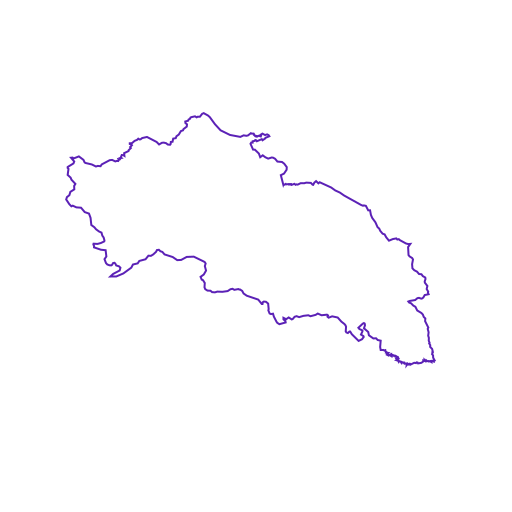 Kaeng Khoi, Saraburi, Thailand (Robinson projection), rotated 134°
{"feature_id": "78962969B58188508241949", "entity_name": "Kaeng Khoi", "entity_type": "district", "adm_level": 2, "iso_a3": "THA", "parent_name": "Thailand", "parent_adm1": "Saraburi", "projection": "robinson", "projection_center": [101.053, 14.576], "detail": "fine", "context": "isolated", "style": "outline", "palette": "violet", "viewbox_px": 512, "rotation_deg": 134, "n_neighbors": 0, "source": "geoboundaries", "source_scale": "gbopen_adm2", "svg_char_len": 6063}
<svg xmlns="http://www.w3.org/2000/svg" viewBox="0 0 512 512"><g transform="rotate(134 256 256)"><path d="M313.8,457.3L314.3,452.4L316.2,451.6L322.8,453.3L323.5,452.7L323.6,451.4L328.5,447.8L328.4,443.8L329.3,441.8L329.6,436.0L331.9,435.5L334.3,433.0L338.8,434.1L341.9,432.5L345.0,432.9L347.2,431.8L348.4,426.3L348.5,423.3L347.1,422.8L345.8,419.0L342.8,415.4L343.4,409.7L341.5,405.6L343.5,401.5L348.1,396.0L347.6,392.2L347.9,389.7L347.4,385.9L346.5,383.4L348.1,380.7L348.5,378.5L350.1,375.8L350.9,375.3L354.4,376.6L357.4,378.4L360.0,381.4L360.6,381.1L361.4,379.3L362.3,378.5L359.2,371.9L356.3,368.2L360.3,363.3L363.5,362.8L365.3,359.0L365.4,357.1L364.5,355.0L363.3,353.6L362.2,353.4L360.4,353.9L359.2,353.1L359.2,351.9L359.9,350.0L358.6,347.4L358.6,345.4L361.1,344.0L368.1,346.3L371.9,346.5L367.8,342.3L360.7,339.3L351.0,337.6L347.6,338.6L343.5,336.0L340.6,336.5L335.1,333.2L330.5,333.6L328.9,331.7L326.2,331.0L322.3,330.8L320.6,331.4L319.0,330.2L319.0,328.1L318.1,326.2L318.4,322.9L314.6,315.2L313.7,309.8L310.8,307.1L304.8,305.2L299.7,300.3L296.2,289.6L296.0,288.4L296.4,287.0L298.8,285.8L301.2,281.8L305.6,280.7L309.5,281.4L310.7,278.6L310.2,277.3L311.0,274.1L314.3,271.3L315.1,269.5L314.6,266.9L312.6,264.6L312.5,262.5L310.7,260.3L308.5,259.1L305.1,255.3L300.9,252.0L297.7,251.3L295.9,250.1L295.4,248.1L292.0,245.7L291.8,244.7L291.2,244.3L290.7,241.7L291.6,238.9L291.0,235.1L285.8,224.1L286.5,218.5L286.0,218.0L284.5,219.0L283.3,218.7L282.0,217.0L281.8,214.2L285.4,210.0L286.5,209.4L287.9,206.3L287.4,204.9L285.7,203.7L287.2,201.0L289.0,195.7L289.3,194.3L288.8,191.8L283.2,188.5L282.4,189.6L282.5,192.2L281.4,193.3L280.5,190.4L277.5,189.8L276.8,186.2L275.7,185.8L272.9,186.0L271.1,185.0L270.0,182.5L266.1,180.3L262.3,177.2L261.5,175.0L256.9,172.2L254.5,171.6L253.1,167.7L248.9,164.2L248.7,162.9L250.0,162.4L249.9,160.9L246.5,159.3L243.5,154.5L243.9,149.0L243.5,145.1L243.7,143.5L244.3,142.1L247.9,139.1L248.2,137.9L247.6,136.4L245.4,136.3L244.9,135.8L245.7,132.8L245.8,123.2L242.2,121.9L239.4,122.3L239.0,123.1L239.6,125.9L236.4,127.0L235.6,127.7L236.7,130.9L236.5,132.5L230.5,132.2L229.3,131.8L229.1,130.9L230.1,129.5L233.0,128.1L232.7,122.5L234.6,119.7L233.8,114.3L231.8,112.5L231.9,110.1L230.3,107.5L235.2,103.5L237.0,101.0L235.1,99.1L234.9,98.2L233.9,97.6L234.7,96.5L234.5,95.5L235.1,95.3L234.1,93.9L235.2,94.2L235.3,93.0L236.0,93.1L235.5,91.5L234.9,91.6L235.2,92.3L234.7,92.3L234.2,89.9L233.7,91.0L232.7,90.6L233.4,89.9L232.4,89.2L232.7,88.1L231.7,87.9L231.7,87.1L231.1,86.6L231.5,86.0L230.9,85.4L229.8,85.3L230.9,85.0L230.1,83.9L230.3,83.4L230.6,83.8L231.1,83.5L231.0,82.1L231.5,82.2L231.5,83.7L231.7,83.1L232.4,83.7L232.7,82.4L233.4,82.6L232.6,81.0L233.0,79.8L232.1,80.0L231.2,78.1L231.8,77.6L231.9,76.8L230.9,77.1L230.2,76.0L230.3,75.1L229.7,75.0L230.1,74.1L228.5,72.9L229.9,71.8L228.2,72.0L228.3,71.1L227.0,70.9L226.5,70.2L227.0,69.5L222.9,68.0L221.9,66.5L221.0,66.6L220.4,65.8L220.7,64.8L217.9,62.8L215.6,62.4L215.0,63.1L214.5,62.1L213.7,62.8L213.9,60.6L213.3,60.2L213.3,61.0L212.8,61.2L212.7,59.8L211.6,58.8L211.8,58.4L210.8,57.5L210.5,56.3L209.9,57.2L208.9,56.4L209.0,55.6L208.4,54.7L207.8,55.5L207.0,55.0L206.1,57.9L204.5,59.6L204.3,61.2L202.4,61.9L202.5,62.5L201.7,62.8L200.5,64.8L200.4,67.6L199.1,68.7L198.6,70.7L197.9,70.8L196.9,72.9L194.8,74.8L193.7,76.8L191.0,78.8L189.1,81.9L187.8,82.3L185.4,89.1L183.3,90.8L183.3,93.0L182.2,95.3L182.1,97.4L183.2,102.2L181.8,106.1L182.4,108.4L182.3,111.6L183.1,113.5L182.9,114.8L181.4,114.1L177.1,110.9L174.2,110.6L172.9,109.7L171.9,107.5L171.1,107.0L169.6,106.8L166.9,107.5L163.6,105.3L163.0,106.8L162.0,107.4L161.2,110.3L158.5,111.9L157.9,116.0L157.1,117.0L154.8,118.1L153.9,119.3L154.6,122.1L154.2,124.3L155.7,126.2L155.4,129.3L156.3,132.3L156.2,134.9L153.5,138.0L149.4,140.7L149.0,142.3L149.6,145.2L149.4,146.9L143.9,152.8L140.1,153.4L141.7,154.8L142.8,156.8L144.7,163.7L144.7,165.0L146.0,165.8L145.9,167.3L148.7,169.3L152.6,171.0L152.1,175.3L151.1,178.5L152.0,180.4L151.6,184.1L150.7,186.4L150.8,188.6L148.8,193.5L147.9,198.8L146.6,201.9L143.9,205.7L145.2,207.0L143.6,211.8L144.7,213.6L145.5,213.9L146.3,215.9L151.3,234.7L152.1,239.7L153.8,244.6L154.5,249.5L158.7,261.4L160.4,261.6L160.4,264.8L162.7,265.0L165.1,264.3L165.4,264.8L165.3,267.3L168.3,270.8L170.2,271.9L172.7,274.5L175.7,275.6L176.3,276.6L177.3,277.0L177.4,278.5L180.3,279.9L180.6,280.9L180.2,281.1L181.0,281.9L181.7,281.9L181.7,282.6L183.6,284.1L183.5,284.7L185.2,285.2L185.3,286.0L185.8,285.8L180.6,294.3L177.3,293.1L172.7,293.9L170.7,295.6L170.0,299.8L170.3,302.6L173.2,306.2L172.8,309.8L173.4,312.0L174.2,313.1L177.5,314.9L178.5,317.9L178.9,321.1L182.0,321.6L180.3,325.1L180.3,330.7L181.5,332.0L179.1,337.9L177.7,338.2L176.8,337.2L175.8,338.1L174.1,336.9L173.1,337.1L172.7,336.5L172.9,335.1L167.9,333.0L168.2,331.7L165.0,331.0L164.4,331.3L160.6,329.6L160.3,330.9L160.8,332.5L162.7,333.5L163.5,336.4L165.5,336.9L165.7,336.0L166.7,335.6L167.5,337.5L169.2,338.1L168.9,338.5L169.3,339.1L170.3,339.5L170.3,341.1L170.0,341.0L169.6,342.7L171.1,344.3L171.2,345.0L174.8,345.5L176.2,346.4L177.8,348.7L181.2,350.0L187.0,358.8L190.2,368.8L189.7,377.1L188.2,385.7L188.3,388.2L189.6,392.9L191.1,393.5L194.8,393.1L196.3,394.7L197.5,395.0L197.9,396.9L201.1,399.0L202.0,399.3L203.0,398.8L204.7,399.3L205.8,398.8L208.4,400.3L209.4,399.1L209.2,397.1L211.0,395.7L215.1,396.3L216.3,395.8L218.3,396.8L222.3,395.9L225.1,396.4L227.0,395.6L229.1,397.1L231.8,395.4L233.1,396.5L234.7,395.2L235.7,395.1L237.1,396.9L237.3,399.0L238.5,401.1L239.9,402.3L243.1,403.2L243.0,406.7L246.1,417.1L250.2,419.8L252.3,420.1L253.1,420.8L253.4,422.2L255.0,422.2L257.5,423.3L261.0,423.6L262.6,425.1L263.1,424.6L262.4,423.4L262.5,422.2L265.1,422.2L265.3,421.0L268.3,421.1L269.1,420.6L273.6,422.3L275.4,420.2L275.7,421.6L276.6,422.7L278.9,421.8L278.9,420.9L280.3,422.0L280.7,421.1L281.3,421.1L281.9,422.1L282.1,421.6L283.4,421.1L284.3,422.2L285.7,422.9L286.8,426.2L288.7,427.8L297.3,430.6L299.4,430.2L301.1,432.4L302.8,433.3L304.2,437.7L307.6,443.4L307.7,444.4L306.7,446.9L307.4,452.6L312.4,454.9L312.6,456.3L313.8,457.3Z" fill="none" stroke="#5b21b6" stroke-width="2"/></g></svg>